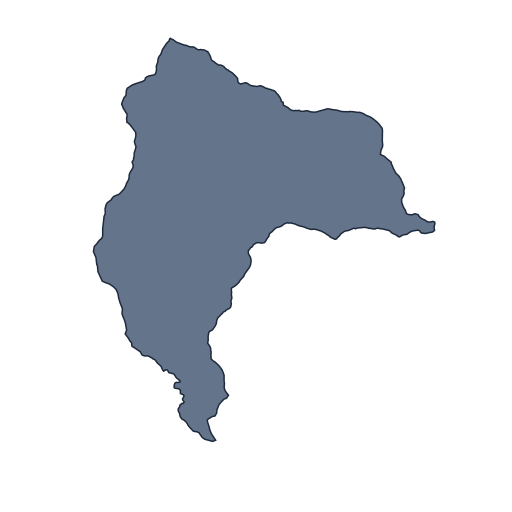 Khaling, Tashigang, Bhutan (Equal Earth projection), rotated 284°
{"feature_id": "84629894B48519884864464", "entity_name": "Khaling", "entity_type": "district", "adm_level": 2, "iso_a3": "BTN", "parent_name": "Bhutan", "parent_adm1": "Tashigang", "projection": "equal_earth", "projection_center": [91.565, 27.177], "detail": "fine", "context": "isolated", "style": "filled", "palette": "slate", "viewbox_px": 512, "rotation_deg": 284, "n_neighbors": 0, "source": "geoboundaries", "source_scale": "gbopen_adm2", "svg_char_len": 6108}
<svg xmlns="http://www.w3.org/2000/svg" viewBox="0 0 512 512"><g transform="rotate(284 256 256)"><path d="M215.8,101.1L209.3,103.5L207.9,104.6L202.6,106.4L194.4,112.9L193.7,116.5L193.4,120.4L191.8,124.8L189.8,128.3L186.2,131.1L182.0,132.9L177.6,135.5L172.6,139.1L167.8,139.9L165.6,141.2L162.4,143.6L159.3,145.5L152.8,148.4L148.8,147.9L144.9,152.6L143.6,153.6L141.2,156.7L139.4,156.9L138.2,157.8L137.8,159.5L135.1,166.9L132.8,168.9L132.2,170.1L132.1,171.9L132.3,173.3L133.0,175.3L131.7,180.2L131.2,181.0L130.8,183.2L128.2,186.3L126.1,190.5L122.6,193.2L121.9,194.3L123.8,196.1L124.0,197.2L123.0,198.6L121.8,199.5L121.7,204.2L121.3,205.3L118.6,208.1L116.3,212.7L115.2,212.7L114.6,211.5L114.1,209.2L113.1,208.1L111.7,207.9L110.0,208.0L108.4,208.5L108.1,209.6L108.5,213.0L107.6,215.0L104.2,216.0L103.8,219.0L102.8,220.1L99.6,219.3L98.7,219.6L97.1,221.6L95.5,221.1L95.0,219.7L92.9,218.2L91.7,218.5L88.9,217.5L86.9,218.0L85.0,219.7L81.7,221.4L79.8,223.6L79.4,225.6L78.0,228.4L76.4,230.2L75.7,230.6L73.7,233.1L70.8,237.7L71.1,241.0L70.8,243.5L69.9,244.3L66.9,247.7L65.8,250.7L65.7,256.6L65.5,258.3L66.4,259.9L67.5,261.4L72.5,256.0L74.0,254.8L75.9,253.4L79.5,251.5L83.1,249.2L84.6,248.5L85.9,248.7L88.8,251.6L90.0,252.8L90.4,254.1L90.9,254.9L94.0,255.8L97.1,255.3L102.6,256.0L105.0,257.1L109.3,259.5L110.9,261.8L114.3,263.0L115.0,262.0L117.1,259.4L118.0,258.5L119.4,257.6L120.6,257.0L124.7,256.2L127.3,255.2L132.5,253.9L134.6,252.6L137.4,250.5L139.6,247.9L140.7,246.4L143.1,242.2L143.9,239.7L145.2,237.4L148.8,236.3L151.9,235.7L154.2,234.7L155.5,234.3L156.7,233.5L158.7,231.5L159.7,230.2L162.7,230.0L166.3,229.0L170.2,228.7L171.5,229.1L173.7,231.6L177.6,233.1L180.2,233.8L182.6,233.7L183.4,233.5L184.3,233.5L187.1,234.0L188.9,235.3L190.1,235.7L191.3,236.8L193.8,237.9L194.9,239.4L196.6,240.4L198.2,242.3L199.6,243.5L200.7,243.8L203.8,243.6L205.7,242.7L207.6,242.6L208.9,242.8L210.1,242.5L212.9,241.3L214.2,241.3L218.1,240.0L219.1,240.1L221.8,242.9L224.0,244.5L225.2,245.1L225.8,245.6L226.7,246.0L228.4,246.4L233.2,249.0L235.9,249.4L243.4,252.4L246.1,252.8L249.0,252.6L250.3,252.4L252.8,251.3L254.3,250.2L255.0,249.3L256.8,247.9L258.9,247.4L259.7,247.4L260.8,248.1L262.6,248.6L263.5,249.8L266.6,251.0L268.1,252.5L269.3,254.0L269.7,256.0L269.8,258.1L270.8,260.7L272.1,261.6L274.6,262.2L278.4,263.7L281.0,263.7L283.5,265.7L287.6,268.1L289.0,269.9L289.8,271.5L290.9,273.2L294.1,275.8L295.9,278.3L295.7,279.3L296.4,281.2L296.5,285.6L296.3,287.2L295.9,288.7L295.7,292.6L295.8,293.5L295.8,295.6L295.3,298.1L295.1,302.4L295.2,303.4L296.1,305.8L296.2,306.7L296.2,309.0L295.9,313.3L294.7,318.1L293.9,319.7L293.6,321.2L293.1,322.2L292.6,322.9L292.1,324.3L291.7,326.9L291.3,328.3L291.5,329.1L292.2,330.1L293.4,330.5L295.9,332.2L297.5,332.6L301.2,335.7L302.0,336.9L302.8,338.9L303.8,340.5L306.7,344.2L306.5,345.9L307.7,347.7L310.1,354.6L310.3,357.2L310.1,358.4L310.2,359.2L310.5,360.6L310.6,363.1L310.9,364.8L311.7,365.7L312.5,367.6L312.5,370.2L312.9,372.3L312.9,378.4L312.6,380.0L311.7,381.4L311.3,382.2L311.0,382.9L310.6,385.7L309.9,387.9L309.3,389.1L309.2,390.5L309.7,391.2L311.4,392.8L312.4,394.3L313.3,396.7L313.7,397.3L314.9,398.2L317.5,400.8L318.6,402.8L320.1,406.6L320.3,407.6L319.9,408.9L318.9,409.8L318.3,411.3L318.8,414.6L319.2,416.0L320.0,417.2L321.9,421.4L324.0,423.1L326.3,422.0L328.7,421.7L330.6,421.8L332.2,421.1L332.3,418.9L330.9,416.6L330.7,413.7L331.5,412.1L332.4,407.6L333.5,405.3L335.4,403.1L335.4,399.8L333.8,397.6L333.1,394.0L333.6,391.7L336.6,389.8L339.3,387.0L343.4,384.4L346.4,383.5L350.2,384.5L352.6,384.6L355.1,383.6L357.8,383.7L361.0,381.5L365.9,377.7L368.1,375.4L370.2,371.7L370.8,371.2L372.4,369.6L375.3,367.2L376.7,366.4L377.9,365.2L379.6,364.6L380.2,363.5L382.3,359.0L383.1,357.7L383.8,356.3L384.6,352.1L387.5,351.8L389.2,351.8L392.6,352.3L394.0,352.2L398.6,350.6L408.2,348.4L410.5,347.5L413.6,343.6L415.2,341.2L417.5,336.3L418.3,334.1L418.8,331.6L418.9,330.5L419.4,327.6L420.1,325.9L420.4,323.4L420.5,321.7L420.0,320.2L419.4,314.6L418.8,311.6L418.3,310.8L418.0,309.3L417.2,305.7L416.9,303.1L417.1,299.3L416.5,294.7L416.5,292.7L416.2,290.1L415.5,288.4L414.5,287.0L412.5,283.3L410.5,280.0L409.9,278.6L409.4,276.3L409.1,273.8L409.4,270.8L408.9,269.1L408.0,267.2L407.5,265.8L407.3,264.4L407.8,262.5L407.0,261.0L406.8,259.1L406.2,257.9L406.1,256.8L406.1,254.4L407.7,251.2L409.0,246.1L411.7,245.1L411.9,244.3L412.0,243.5L412.7,242.8L413.7,242.5L415.6,240.9L417.8,238.4L418.9,236.5L419.9,235.4L420.7,233.9L421.0,230.2L421.2,229.3L420.9,227.9L421.4,226.4L421.1,225.1L421.8,222.8L422.3,219.9L422.1,218.4L421.0,216.7L420.7,215.7L420.2,210.7L420.3,208.8L420.6,207.8L421.1,206.9L421.6,205.3L421.6,204.0L419.5,200.0L419.2,199.0L419.4,198.1L420.5,196.4L423.9,195.1L425.8,192.5L427.8,189.0L428.7,186.5L428.9,185.3L429.8,183.9L429.8,182.6L430.4,181.6L431.0,180.2L432.1,178.9L432.8,175.7L432.2,173.3L432.8,172.0L433.4,169.9L434.3,168.6L434.7,166.8L435.5,165.4L437.6,163.9L438.5,163.6L439.0,163.2L441.3,161.1L441.9,160.1L442.6,159.9L442.8,158.4L443.4,156.2L442.9,152.1L442.2,150.8L442.2,149.7L442.4,148.6L443.5,146.0L443.7,144.4L443.3,143.0L443.0,140.6L443.6,136.6L443.1,135.7L443.5,134.3L443.5,132.8L443.8,131.2L443.9,129.5L444.3,126.9L445.9,123.0L446.1,121.0L446.5,120.4L446.1,119.8L443.4,119.5L441.0,117.9L433.6,115.3L430.7,115.1L428.3,114.7L426.7,113.9L424.3,113.3L419.8,113.7L416.1,113.3L413.5,114.2L410.4,114.6L408.1,114.3L406.7,112.7L405.0,108.8L403.5,106.8L402.1,105.7L399.8,105.6L398.0,103.8L393.9,97.2L391.9,94.4L387.6,90.5L384.9,90.2L380.4,91.0L377.9,89.7L373.2,89.0L370.9,88.9L367.1,91.6L362.3,96.6L361.1,97.0L358.3,97.1L354.4,98.5L354.2,99.6L352.6,102.4L346.9,109.3L343.8,110.3L341.8,110.5L337.6,110.3L334.6,112.0L333.4,113.0L331.1,113.2L326.3,112.9L323.5,113.6L321.3,113.6L319.4,113.8L317.8,113.1L317.1,113.1L314.4,114.9L311.7,115.2L307.1,113.7L304.3,113.3L301.3,113.9L299.3,113.9L295.1,112.8L292.2,112.6L289.2,111.8L283.0,108.4L279.6,103.8L277.7,102.6L275.3,101.8L272.0,99.0L270.0,98.2L265.4,98.1L260.8,99.5L257.7,99.0L245.6,100.6L239.1,102.2L237.4,102.4L235.6,101.9L233.9,100.6L232.2,99.7L229.4,98.6L226.2,96.8L220.9,97.2L215.8,101.1Z" fill="#64748b" stroke="#1e293b" stroke-width="1.5"/></g></svg>